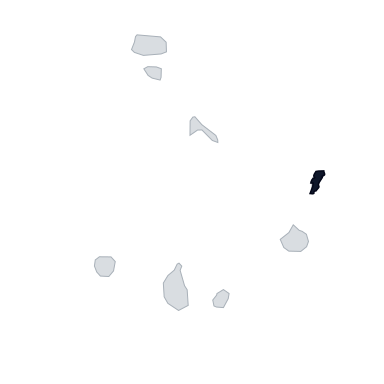 location of Sal within Cabo Verde, rotated 30°
{"feature_id": "CPV-5056", "entity_name": "Sal", "entity_type": "state/province", "adm_level": 1, "iso_a3": "CPV", "parent_name": "Cabo Verde", "parent_adm1": "", "projection": "orthographic", "projection_center": [-22.924, 16.727], "detail": "fine", "context": "in_parent", "style": "filled", "palette": "ink", "viewbox_px": 384, "rotation_deg": 30, "n_neighbors": 0, "source": "natural_earth", "source_scale": "10m", "svg_char_len": 1773}
<svg xmlns="http://www.w3.org/2000/svg" viewBox="0 0 384 384"><g transform="rotate(30 192 192)"><path d="M245.4,292.1L239.6,301.3L226.8,300.5L220.3,296.7L212.7,285.2L212.9,276.3L215.7,268.6L215.2,261.9L216.3,260.1L220.2,261.3L220.9,265.8L232.4,276.9L236.7,279.1L245.4,292.1ZM81.6,98.0L72.3,99.9L68.4,98.9L67.2,90.9L65.4,85.7L65.8,83.4L87.2,73.4L94.7,75.2L99.8,83.4L96.2,87.9L81.6,98.0ZM296.1,169.8L304.0,171.6L307.1,171.0L312.2,171.4L317.6,176.6L318.6,182.1L315.9,189.1L305.4,194.8L299.3,194.2L292.1,188.9L296.2,178.7L296.1,169.8ZM162.2,306.8L154.7,310.6L149.5,308.9L144.5,304.9L142.2,299.2L144.2,294.4L154.3,288.7L160.3,290.6L163.5,299.6L162.2,306.8ZM184.4,131.1L188.3,134.1L189.6,136.2L183.8,137.2L169.6,133.3L165.8,135.6L161.9,143.9L154.8,131.3L155.3,126.7L156.9,125.4L166.9,128.8L184.4,131.1ZM270.7,279.4L268.0,279.7L264.0,275.2L264.9,269.0L264.4,267.4L268.0,260.8L274.9,261.4L276.7,266.3L277.0,276.4L270.7,279.4ZM108.4,111.0L100.5,113.3L95.7,113.0L88.7,109.4L91.0,105.6L98.6,101.5L103.8,100.6L107.9,108.2L108.4,111.0ZM298.9,127.8L295.8,132.9L292.1,125.4L290.1,123.6L289.1,112.9L294.6,109.7L297.3,109.4L297.4,120.5L298.9,127.8Z" fill="#d9dde1" stroke="#a8b0b8" stroke-width="1"/><path d="M295.0,134.3L293.8,126.8L292.4,123.8L290.4,124.8L290.0,123.4L289.8,121.4L290.1,119.6L291.0,118.6L291.0,118.0L289.9,117.6L289.2,116.7L289.0,115.3L289.1,112.2L291.1,110.6L295.6,107.8L296.1,108.5L297.9,110.1L298.2,110.8L298.1,111.3L297.5,112.5L296.8,113.4L297.0,113.7L297.4,113.9L297.6,114.3L297.3,120.2L297.6,122.0L298.0,122.7L299.3,123.9L299.5,124.5L299.4,125.6L299.0,127.5L298.9,128.6L298.8,129.1L297.9,129.8L297.6,130.3L297.6,130.8L297.8,131.5L298.1,132.1L298.2,132.3L297.6,133.1L296.9,133.5L296.1,133.8L295.0,134.3Z" fill="#0f172a" stroke="#020617" stroke-width="1.5"/></g></svg>